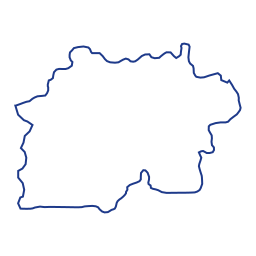 Kruhlaye, Mogilev, Belarus (Albers equal-area conic projection)
{"feature_id": "67162791B94243355622129", "entity_name": "Kruhlaye", "entity_type": "district", "adm_level": 2, "iso_a3": "BLR", "parent_name": "Belarus", "parent_adm1": "Mogilev", "projection": "albers", "projection_center": [29.746, 54.199], "detail": "fine", "context": "isolated", "style": "outline", "palette": "blue", "viewbox_px": 256, "rotation_deg": 0, "n_neighbors": 0, "source": "geoboundaries", "source_scale": "gbopen_adm2", "svg_char_len": 2698}
<svg xmlns="http://www.w3.org/2000/svg" viewBox="0 0 256 256"><path d="M229.2,80.5L227.3,82.6L221.3,80.1L220.8,75.6L217.8,73.2L209.4,75.5L205.9,76.7L204.0,77.3L200.4,77.6L196.3,76.8L195.2,75.5L193.8,72.9L193.6,68.4L193.0,65.9L190.1,63.5L188.9,61.2L188.4,57.3L189.0,51.6L189.6,46.7L188.6,44.6L184.3,43.6L182.1,44.0L181.0,46.1L181.5,47.9L180.9,52.2L180.7,54.7L179.0,56.3L176.2,58.0L173.9,56.1L172.3,54.3L170.6,52.4L166.5,52.3L164.7,53.3L163.3,54.3L160.8,56.3L159.2,57.8L154.7,58.2L151.4,57.2L149.4,54.3L145.1,54.5L141.8,56.0L139.3,58.2L137.7,59.6L135.2,61.3L133.2,61.7L130.5,61.3L128.5,59.4L125.8,58.6L123.2,59.6L120.5,61.1L118.5,62.3L115.0,62.7L110.1,62.3L107.0,61.1L105.0,59.2L102.7,56.1L99.6,53.1L95.3,53.1L92.1,53.1L91.1,52.0L90.0,49.2L88.4,47.5L83.5,46.5L78.0,47.1L73.9,48.1L72.0,50.4L70.0,52.4L69.6,54.9L69.6,57.3L70.8,60.4L72.4,62.0L71.8,65.7L68.3,68.2L65.6,69.0L62.4,69.0L59.1,68.9L56.4,69.6L54.0,72.2L53.3,75.3L52.9,78.1L50.7,79.8L48.8,80.4L47.8,84.5L47.8,86.3L48.2,87.3L48.2,90.4L47.1,93.1L45.3,95.5L42.0,95.9L37.5,96.3L34.6,97.5L32.4,98.8L29.5,101.2L26.4,101.8L22.9,103.0L20.3,104.0L15.5,105.7L15.4,105.7L18.1,114.7L23.9,120.2L27.4,121.5L32.5,125.0L29.6,131.4L24.8,135.9L23.5,142.6L20.9,148.1L24.7,152.0L26.3,157.7L25.6,164.2L22.4,168.6L18.2,170.9L18.2,177.6L22.7,183.1L24.2,189.8L22.9,196.6L20.3,197.5L18.1,203.3L20.5,208.6L22.2,208.7L26.6,208.8L30.5,208.7L32.6,208.4L35.0,207.5L40.0,206.6L44.5,207.1L50.1,206.9L65.7,207.1L78.0,207.3L81.9,207.1L84.7,206.4L88.5,206.1L92.4,205.9L95.8,206.3L98.1,207.3L99.6,209.3L102.1,211.5L104.6,212.4L107.9,212.1L110.1,210.8L111.5,209.9L113.7,209.2L114.8,208.6L115.8,206.7L116.3,204.7L116.7,202.9L117.6,201.2L119.4,199.5L121.2,198.3L123.4,196.4L125.0,194.7L126.0,193.2L126.0,192.0L127.4,189.7L127.2,187.2L129.8,185.0L133.1,183.7L136.7,182.5L139.5,181.2L140.8,179.4L140.8,177.0L141.0,173.0L143.3,170.2L145.4,170.4L147.6,172.7L149.1,176.9L149.0,179.6L148.3,182.6L148.6,184.1L150.6,185.5L150.9,187.9L152.9,188.8L155.7,189.4L158.2,190.2L161.8,192.1L166.6,192.9L172.8,192.8L186.4,192.7L190.7,192.6L194.8,192.4L197.4,191.5L199.6,190.0L200.7,188.1L202.2,183.9L202.1,180.7L201.9,177.3L201.7,175.7L200.5,172.0L199.6,169.0L198.9,166.2L199.3,164.0L200.5,160.5L201.3,157.7L200.1,155.2L198.9,152.4L201.1,151.3L203.1,151.0L204.8,151.9L206.7,153.0L209.7,153.0L212.7,152.2L214.0,150.0L213.9,147.4L212.0,145.2L211.5,141.8L211.9,138.4L211.7,135.4L209.8,132.2L208.7,130.1L208.8,126.3L210.3,124.8L215.6,123.1L220.6,122.4L225.6,122.4L228.1,121.7L230.4,119.2L233.5,116.8L236.8,114.4L238.3,112.5L240.0,110.1L240.6,107.8L239.8,104.8L239.4,103.2L238.7,100.4L238.8,97.8L238.0,94.1L236.4,91.6L234.2,88.8L232.1,85.0L229.2,80.5Z" fill="none" stroke="#1e3a8a" stroke-width="2"/></svg>